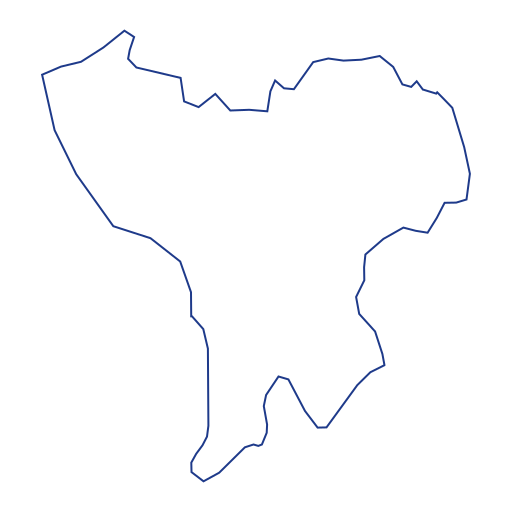 outline of Causeni
{"feature_id": "MDA-1649", "entity_name": "Causeni", "entity_type": "District", "adm_level": 1, "iso_a3": "MDA", "parent_name": "Moldova", "parent_adm1": "", "projection": "equal_earth", "projection_center": [29.315, 46.605], "detail": "fine", "context": "isolated", "style": "outline", "palette": "blue", "viewbox_px": 512, "rotation_deg": 0, "n_neighbors": 0, "source": "natural_earth", "source_scale": "10m", "svg_char_len": 1172}
<svg xmlns="http://www.w3.org/2000/svg" viewBox="0 0 512 512"><path d="M203.5,481.3L191.5,472.1L191.3,462.6L196.2,453.8L202.5,445.3L207.0,436.6L208.4,425.8L207.9,348.6L203.3,329.1L192.0,316.3L191.2,316.3L191.2,316.0L191.0,292.2L180.2,261.5L150.5,238.2L113.3,226.2L76.2,174.2L54.6,130.2L42.1,74.7L61.0,66.6L81.0,61.8L103.4,47.5L124.4,30.7L134.1,37.0L129.7,50.1L128.1,58.8L136.4,67.5L180.6,77.9L184.1,101.4L198.6,107.1L215.3,93.9L230.3,110.5L249.2,109.8L267.3,111.3L270.4,91.3L275.1,80.5L284.0,88.3L293.9,89.2L313.2,62.1L328.3,58.5L343.5,60.6L361.4,59.7L379.7,56.0L393.2,66.9L402.4,84.4L411.2,86.9L416.7,81.3L422.9,89.6L423.1,89.6L436.2,93.6L437.2,92.3L437.5,92.6L444.1,99.3L452.3,107.8L464.2,147.2L469.9,173.8L466.5,199.5L456.2,202.6L444.6,202.8L436.8,217.9L427.6,232.7L415.7,230.8L403.4,227.6L383.4,238.9L365.4,254.5L364.1,267.2L364.3,280.3L356.1,297.0L359.2,313.9L375.1,331.5L382.4,354.0L384.4,364.8L384.4,365.2L370.4,372.2L357.3,385.1L326.5,427.4L317.6,427.6L305.0,411.0L288.4,379.4L278.5,376.5L266.1,395.0L263.8,406.1L267.1,424.6L266.7,432.8L261.9,444.5L258.3,445.9L253.5,444.5L244.9,447.3L219.2,472.7L203.5,481.3Z" fill="none" stroke="#1e3a8a" stroke-width="2"/></svg>